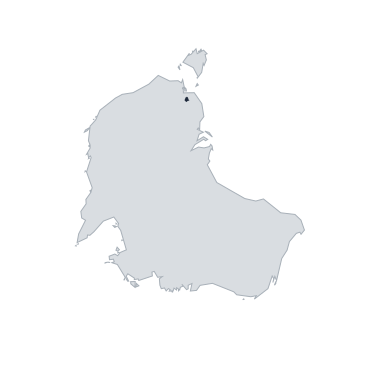 Ballarat, Victoria, Australia shown in context, rotated 220°
{"feature_id": "25037944B10145309156113", "entity_name": "Ballarat", "entity_type": "district", "adm_level": 2, "iso_a3": "AUS", "parent_name": "Australia", "parent_adm1": "Victoria", "projection": "mercator", "projection_center": [143.86, -37.519], "detail": "fine", "context": "in_parent", "style": "filled", "palette": "slate", "viewbox_px": 384, "rotation_deg": 220, "n_neighbors": 0, "source": "geoboundaries", "source_scale": "gbopen_adm2", "svg_char_len": 4352}
<svg xmlns="http://www.w3.org/2000/svg" viewBox="0 0 384 384"><g transform="rotate(220 192 192)"><path d="M251.9,87.1L255.4,101.9L259.8,101.2L264.7,105.7L265.5,114.9L268.5,118.1L269.2,126.7L271.3,131.2L285.7,139.6L291.4,153.6L293.1,154.3L293.3,151.8L296.5,154.4L297.0,153.1L298.3,160.3L300.2,162.5L304.3,164.7L312.4,177.0L312.1,185.3L315.1,195.5L311.0,214.8L308.2,222.0L301.0,230.2L294.4,246.8L292.8,259.6L280.4,262.7L274.2,268.3L270.3,268.8L271.4,272.1L265.3,267.3L266.2,266.2L265.8,265.1L264.7,265.0L262.7,267.1L261.2,265.8L263.7,263.9L262.3,262.4L254.1,269.5L241.3,266.0L231.4,257.4L231.0,250.8L226.4,244.9L228.4,245.1L228.3,243.4L221.7,245.1L223.7,240.8L221.1,234.5L218.7,241.7L213.8,242.4L214.6,240.0L216.9,240.0L220.2,230.2L219.3,223.0L215.9,230.6L211.1,233.5L207.8,238.1L208.3,240.5L206.3,240.2L203.1,237.5L205.1,237.5L203.7,233.0L200.7,227.8L198.2,227.2L197.8,222.7L179.1,215.2L147.4,220.9L137.3,226.1L132.8,232.6L110.7,233.1L98.7,241.0L90.5,240.5L81.4,235.1L81.3,229.7L83.5,230.6L85.5,227.4L85.5,216.6L81.8,208.6L80.5,198.7L70.3,178.5L74.3,180.6L71.9,174.6L73.6,178.1L76.6,179.2L71.7,166.8L75.4,150.0L76.1,153.9L79.6,149.6L91.7,142.0L95.9,142.4L117.6,135.2L125.8,125.7L125.3,119.5L129.6,115.1L133.2,121.9L135.0,118.1L132.7,115.4L133.4,113.7L140.5,114.8L138.3,114.2L139.7,111.5L138.5,109.1L142.2,108.8L140.9,107.0L144.0,106.8L142.9,104.2L145.7,101.4L145.9,103.1L148.0,102.9L148.2,99.6L151.4,100.8L153.4,98.2L156.7,100.0L161.2,104.5L160.4,108.1L163.5,104.6L169.9,106.9L171.2,104.9L168.4,102.2L175.9,90.0L177.4,90.8L179.9,87.8L180.8,89.0L188.6,88.1L188.3,85.2L183.2,83.0L184.0,82.3L202.6,88.5L208.0,86.3L206.7,88.6L209.0,90.0L211.7,87.1L214.2,89.5L211.2,94.9L208.0,95.4L208.2,99.4L205.1,105.5L222.0,116.8L226.7,118.0L228.1,120.7L235.8,122.6L241.2,112.7L241.6,98.5L242.4,93.2L244.4,91.9L242.9,89.5L247.5,79.4L251.9,87.1ZM261.2,284.1L270.9,288.1L282.4,285.6L283.2,296.6L282.4,294.6L281.2,296.9L281.0,304.3L276.9,301.3L274.3,308.1L269.3,307.6L270.3,305.7L265.9,302.4L264.1,296.7L266.1,297.7L261.5,289.9L261.2,284.1ZM174.5,82.3L179.8,82.3L181.4,83.9L177.9,86.9L174.5,82.3ZM211.7,247.2L221.3,246.9L217.2,248.6L211.7,247.2ZM212.8,98.5L213.9,101.6L210.5,101.1L211.0,98.9L212.8,98.5ZM311.8,175.6L311.6,171.8L312.9,168.7L313.5,171.0L311.8,175.6ZM279.7,277.8L282.9,278.7L283.0,280.2L279.7,277.8ZM173.9,83.2L175.8,86.2L172.4,86.0L173.9,83.2ZM257.7,278.4L255.9,278.0L256.9,275.5L257.7,278.4ZM230.8,115.5L229.2,116.5L227.6,117.0L228.4,115.2L230.8,115.5ZM70.3,177.6L69.0,175.8L68.9,174.1L69.1,174.0L70.3,177.6ZM282.3,281.6L283.6,282.6L281.2,281.8L282.3,281.6ZM299.5,160.8L300.7,160.8L300.7,162.4L299.5,160.8ZM269.6,126.6L271.1,127.5L270.8,128.1L269.6,126.6ZM276.8,305.4L276.9,307.2L275.7,306.6L276.8,305.4ZM314.0,186.8L314.1,188.9L314.0,186.8ZM188.0,82.2L187.2,81.4L187.7,81.0L188.0,82.2ZM212.9,82.4L211.6,83.9L213.2,81.2L212.9,82.4ZM314.2,184.3L313.6,185.0L314.0,184.2L314.2,184.3ZM214.9,110.2L214.2,110.5L214.6,109.7L214.9,110.2ZM210.1,98.5L209.2,98.6L209.8,97.7L210.1,98.5ZM83.9,142.1L83.7,143.4L83.2,143.3L83.9,142.1ZM246.0,78.6L245.9,79.7L245.6,78.9L246.0,78.6ZM264.7,265.7L265.0,266.4L264.6,266.2L264.7,265.7ZM211.3,84.3L209.5,85.3L211.4,84.0L211.3,84.3ZM143.1,102.7L142.4,103.5L142.8,102.6L143.1,102.7ZM277.5,304.0L276.8,304.4L277.2,303.7L277.5,304.0ZM230.1,119.2L229.1,119.2L229.6,118.6L230.1,119.2ZM139.5,108.3L139.0,108.7L138.9,107.7L139.5,108.3ZM282.1,300.2L281.3,300.7L281.5,299.7L282.1,300.2ZM246.6,75.9L246.5,76.6L246.0,76.2L246.6,75.9ZM264.3,266.7L265.1,267.5L263.7,267.3L264.3,266.7ZM287.4,139.6L286.8,139.6L287.0,138.8L287.4,139.6ZM292.8,151.7L292.4,151.7L292.7,151.1L292.8,151.7ZM261.6,282.8L261.4,283.5L261.2,282.6L261.6,282.8Z" fill="#d9dde1" stroke="#a8b0b8" stroke-width="1"/><path d="M256.5,259.2L256.4,259.2L256.0,259.1L256.0,258.9L255.9,258.8L256.0,258.6L256.1,258.4L256.1,258.2L255.9,258.2L255.6,258.2L255.4,258.1L254.8,258.0L254.7,258.3L254.7,258.5L254.6,258.8L254.6,259.0L254.6,259.4L254.5,259.5L254.4,259.6L254.5,259.6L254.8,259.6L254.8,259.9L255.0,259.8L255.2,260.0L255.3,260.0L255.5,260.1L255.8,260.2L255.9,260.3L255.9,260.5L256.0,260.7L256.0,260.8L256.1,261.0L256.3,261.0L256.5,261.0L256.5,260.9L256.6,260.7L256.4,260.7L256.5,260.6L256.4,260.5L256.4,260.4L256.3,260.2L256.4,259.9L256.4,260.0L256.5,260.0L256.5,259.9L256.6,259.7L256.5,259.4L256.5,259.2L256.5,259.2Z" fill="#64748b" stroke="#1e293b" stroke-width="1.5"/></g></svg>